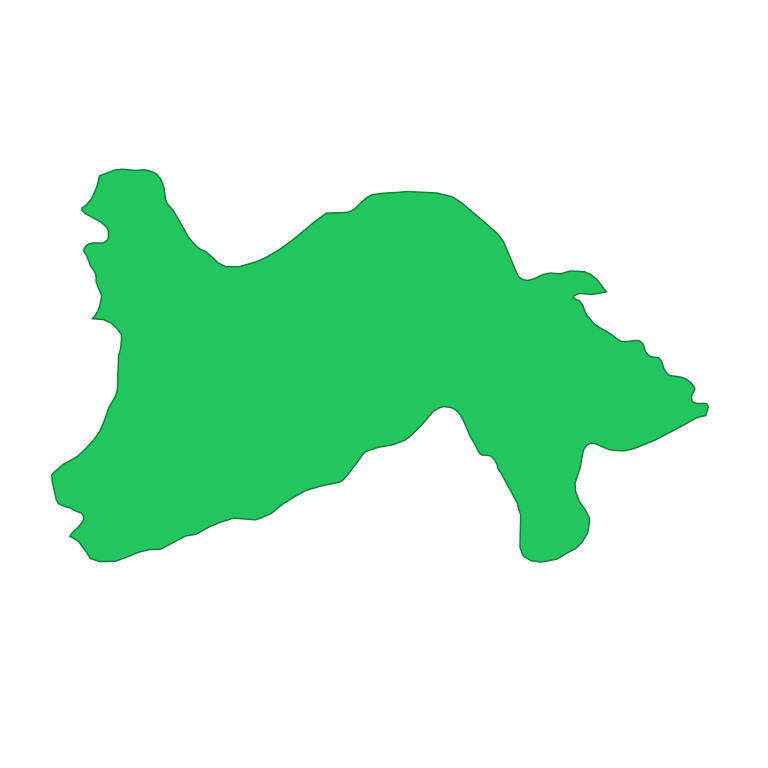 Rabinal, Baja Verapaz, Guatemala, rotated 94°
{"feature_id": "79465075B87613469920283", "entity_name": "Rabinal", "entity_type": "district", "adm_level": 2, "iso_a3": "GTM", "parent_name": "Guatemala", "parent_adm1": "Baja Verapaz", "projection": "albers", "projection_center": [-90.508, 15.131], "detail": "fine", "context": "isolated", "style": "filled", "palette": "green", "viewbox_px": 768, "rotation_deg": 94, "n_neighbors": 0, "source": "geoboundaries", "source_scale": "gbopen_adm2", "svg_char_len": 4362}
<svg xmlns="http://www.w3.org/2000/svg" viewBox="0 0 768 768"><g transform="rotate(94 384 384)"><path d="M276.6,168.5L274.3,170.8L264.6,179.0L263.2,181.3L260.5,185.2L258.0,192.0L258.3,206.2L261.9,215.8L261.7,225.6L263.5,232.4L266.0,237.1L268.3,240.8L270.7,247.9L270.2,252.9L267.6,257.2L266.2,258.1L264.4,259.0L261.8,260.6L256.5,263.1L233.5,274.8L225.8,281.5L221.2,287.8L217.9,292.0L214.2,297.0L208.3,305.0L203.5,311.6L198.6,318.2L196.0,322.4L192.5,329.0L189.8,344.9L190.4,374.3L192.0,384.1L193.1,393.3L194.0,399.4L195.9,408.7L198.5,413.2L203.9,418.8L212.1,426.2L214.9,431.1L215.9,436.5L217.5,453.3L226.3,463.8L228.5,466.2L234.1,471.9L246.7,485.2L254.2,493.9L258.2,499.0L266.4,511.2L271.3,520.8L277.1,536.7L277.9,550.0L275.0,557.7L270.4,563.2L266.5,568.1L264.1,571.5L262.5,576.4L260.6,579.8L251.5,589.1L236.3,599.0L225.2,606.7L220.3,611.9L217.0,614.1L213.6,615.1L209.3,616.0L202.7,617.4L195.9,620.5L192.0,623.9L189.8,626.7L188.0,632.0L187.0,638.1L188.3,646.6L188.0,660.6L189.5,668.0L192.2,673.6L196.2,682.3L207.3,684.2L214.3,686.6L219.6,688.7L226.0,693.2L229.4,697.4L231.7,697.6L234.8,693.8L241.7,678.8L243.1,676.6L247.8,670.6L251.8,669.5L255.3,669.2L259.0,669.6L261.8,672.0L263.1,674.8L263.5,683.7L264.8,688.1L266.9,690.6L269.2,692.2L271.1,692.7L272.8,692.6L274.6,691.3L276.9,689.4L286.6,684.9L293.6,679.5L298.3,678.5L302.3,678.3L307.7,675.7L314.3,672.3L317.5,671.9L320.0,672.1L325.3,672.9L330.7,674.3L335.2,676.6L339.2,679.4L339.3,668.2L342.4,660.2L346.9,654.6L352.8,649.5L357.2,649.0L367.5,649.2L373.4,650.7L407.8,649.6L412.1,650.1L415.3,651.2L420.1,653.5L426.1,656.6L441.2,660.7L450.9,664.2L460.9,670.2L467.4,675.6L469.8,677.4L477.6,684.7L484.6,695.2L486.0,697.7L488.0,699.8L495.2,707.1L497.9,709.0L504.3,708.2L522.2,702.9L526.0,700.5L527.6,696.3L528.7,692.8L529.5,688.2L530.9,685.6L532.6,681.5L533.7,677.3L535.1,675.6L537.7,674.1L540.0,674.2L541.5,674.6L543.0,675.4L548.2,679.0L553.7,684.3L557.8,686.7L562.1,678.0L572.8,668.8L577.9,665.2L578.7,664.3L581.0,654.9L579.5,639.4L573.0,624.9L570.8,621.1L568.8,616.6L566.1,608.2L565.6,606.2L564.4,595.4L550.5,573.2L549.3,570.7L547.0,561.1L540.5,551.2L539.6,549.7L538.1,547.3L533.2,537.5L529.7,528.2L528.9,526.5L528.3,524.3L528.5,502.9L526.1,497.2L521.4,488.1L517.8,483.9L515.3,481.5L513.4,479.5L509.9,475.3L503.1,466.0L495.8,454.8L491.3,442.9L489.1,436.2L485.4,422.8L484.2,419.9L482.4,418.1L477.9,414.4L469.4,408.9L467.0,407.3L465.0,405.9L456.6,400.9L452.7,397.8L447.5,385.1L445.2,375.6L444.2,371.8L442.6,367.9L438.2,358.8L434.5,354.4L427.2,347.8L422.4,343.8L407.5,332.6L404.5,328.3L402.3,323.2L402.8,315.6L404.3,311.6L406.9,308.0L409.8,305.6L415.6,301.8L422.5,298.2L428.0,295.5L433.3,292.3L438.0,288.9L445.9,284.3L448.1,281.2L447.8,276.8L448.3,272.7L450.2,270.0L453.1,267.6L456.6,265.5L460.4,264.4L464.7,261.1L476.7,253.3L478.9,252.0L481.7,250.0L487.2,246.8L493.5,242.6L499.2,241.1L504.9,238.5L537.1,237.0L543.4,234.4L546.1,232.7L550.1,224.7L550.7,215.1L549.7,210.9L546.7,199.5L539.5,189.1L534.9,181.5L528.0,175.3L518.1,170.4L506.6,169.3L503.0,170.0L496.0,174.1L487.5,180.9L478.0,185.4L469.4,186.5L454.7,182.6L436.1,180.5L430.3,177.0L428.3,172.4L428.9,168.3L431.1,162.6L433.9,154.3L434.2,145.2L433.7,138.9L431.5,132.0L429.7,127.3L421.8,111.1L413.8,97.9L402.5,79.8L395.5,69.2L393.0,60.7L391.2,60.7L389.1,60.1L386.9,59.5L384.7,59.0L382.9,59.5L381.5,60.8L381.0,62.3L381.0,64.5L381.3,66.3L381.5,70.4L381.4,72.4L381.0,73.6L380.1,75.1L379.1,75.8L377.8,76.0L376.4,76.3L374.8,76.3L372.1,75.6L370.2,74.5L368.1,73.6L366.1,73.9L364.6,74.8L363.1,76.2L361.1,78.0L357.8,83.6L356.5,87.7L356.1,92.0L355.9,96.3L355.3,100.1L354.8,101.3L353.2,102.9L351.6,104.2L350.6,105.0L347.9,106.3L343.3,108.1L341.0,109.6L339.9,110.6L338.8,112.0L338.3,114.5L338.5,116.9L338.3,118.4L338.0,119.9L337.2,121.7L335.9,123.2L334.2,124.7L333.1,125.5L331.5,126.2L329.9,126.8L327.6,127.6L326.2,128.4L324.9,129.7L323.7,131.2L323.0,133.4L323.1,136.1L323.3,138.4L323.7,139.6L324.2,141.9L324.9,146.2L325.2,148.5L325.0,149.6L324.6,151.2L323.9,152.8L323.2,154.0L322.1,155.6L320.7,157.5L318.8,160.6L316.7,164.4L314.8,168.3L312.2,173.8L310.4,177.0L308.4,179.7L306.7,181.2L303.3,184.2L301.7,186.2L299.0,187.7L297.2,188.7L294.7,190.0L292.8,190.7L291.7,191.2L288.5,193.8L287.1,195.5L286.4,197.7L285.8,199.6L284.9,201.1L283.0,200.8L281.3,197.9L280.4,196.4L280.0,194.9L280.2,183.2L278.0,174.1L276.6,168.5Z" fill="#22c55e" stroke="#15803d" stroke-width="1.5"/></g></svg>